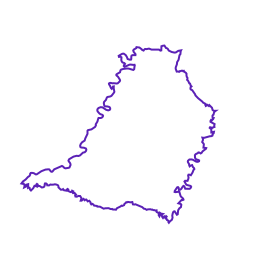 Bom Jesus, Rio Grande do Sul, Brazil, rotated 289°
{"feature_id": "56859067B89984831429306", "entity_name": "Bom Jesus", "entity_type": "district", "adm_level": 2, "iso_a3": "BRA", "parent_name": "Brazil", "parent_adm1": "Rio Grande do Sul", "projection": "mercator", "projection_center": [-50.435, -28.545], "detail": "fine", "context": "isolated", "style": "outline", "palette": "violet", "viewbox_px": 256, "rotation_deg": 289, "n_neighbors": 0, "source": "geoboundaries", "source_scale": "gbopen_adm2", "svg_char_len": 5775}
<svg xmlns="http://www.w3.org/2000/svg" viewBox="0 0 256 256"><g transform="rotate(289 128 128)"><path d="M40.8,45.3L40.9,46.5L41.4,47.5L39.8,49.1L38.0,49.2L39.9,51.1L41.3,50.3L42.4,51.9L38.9,53.0L39.5,53.6L39.4,54.4L37.9,55.4L37.3,56.6L40.2,58.0L42.9,58.4L43.0,60.8L44.7,59.7L45.5,60.1L45.2,61.0L43.8,61.8L44.4,63.3L43.7,65.9L44.5,67.3L45.3,67.9L46.9,67.9L47.7,67.5L48.6,67.6L48.9,68.6L48.4,69.8L47.5,70.3L48.0,72.0L49.3,73.0L49.4,73.9L50.3,76.2L51.0,77.2L51.2,78.9L51.0,80.5L50.3,81.2L49.2,81.6L47.8,84.6L48.3,86.0L49.1,86.5L48.3,87.7L48.7,90.2L49.7,90.1L50.7,90.7L50.4,91.6L49.0,92.0L48.7,94.5L49.5,95.6L50.5,95.6L50.3,96.8L49.0,96.5L48.5,97.2L49.2,98.6L48.1,100.5L47.2,99.9L46.1,100.6L46.4,102.0L47.6,103.2L48.1,104.9L46.5,106.9L43.9,106.9L44.2,107.8L46.5,109.1L45.6,110.6L46.3,111.0L46.8,111.9L45.5,113.8L46.6,115.1L45.4,116.9L44.4,117.3L43.8,118.2L44.7,119.1L44.3,120.3L43.6,121.2L44.2,124.0L43.7,124.6L44.5,127.1L43.8,131.2L44.7,132.7L45.9,135.8L45.7,137.7L45.9,138.7L46.3,139.4L46.0,140.3L46.7,142.3L46.8,143.2L48.6,143.7L51.3,146.4L52.5,147.2L52.5,148.0L53.8,149.4L55.3,149.4L56.2,150.2L57.3,150.5L57.5,151.5L58.1,152.0L58.5,154.5L59.4,156.2L57.4,157.5L57.7,158.9L58.3,159.8L57.8,167.3L56.9,169.2L57.1,170.6L56.7,172.3L57.5,173.2L58.5,175.7L58.4,176.7L58.8,177.5L58.6,178.6L59.0,180.0L58.8,180.9L59.4,181.8L57.9,182.5L57.6,184.2L58.4,185.2L58.1,186.1L56.9,185.3L55.7,185.3L54.7,186.5L55.9,186.6L57.9,187.6L58.1,188.9L57.3,188.4L56.3,188.4L55.1,189.3L54.3,190.4L56.2,191.0L55.3,192.2L57.1,192.7L56.8,193.4L55.7,193.1L54.6,193.4L54.5,194.2L53.7,194.8L53.7,195.7L53.3,196.5L52.1,196.9L51.7,197.5L53.3,198.0L55.6,199.4L57.8,199.3L59.5,198.4L61.8,198.1L63.2,198.1L64.0,198.5L64.4,199.2L61.9,202.5L62.6,203.1L66.6,202.2L68.8,202.7L70.4,203.8L72.8,203.4L73.3,202.7L73.2,200.2L77.4,202.1L77.6,203.2L78.3,203.8L79.2,203.1L80.4,200.4L81.0,199.7L84.3,197.4L84.0,196.2L82.8,193.8L82.7,192.9L83.7,192.7L87.9,193.8L88.4,194.5L88.0,195.3L86.1,196.3L86.7,197.5L87.8,198.2L90.7,198.9L91.4,199.5L91.1,200.3L89.2,201.9L90.6,206.1L91.5,206.7L92.9,206.9L93.6,206.1L93.3,202.3L93.5,201.4L95.8,198.8L96.7,199.2L97.4,201.5L99.6,201.6L100.8,201.4L102.7,200.3L103.6,200.4L103.9,201.3L103.8,202.8L106.9,203.5L109.6,203.6L110.8,204.1L111.7,203.3L112.2,202.1L113.8,200.7L113.0,199.6L111.8,198.8L112.8,197.9L113.8,197.5L115.1,195.9L115.7,195.5L116.6,195.4L118.2,196.3L119.0,198.4L119.1,199.7L118.4,203.3L118.5,204.3L118.8,205.1L119.7,206.0L120.5,205.8L120.7,204.7L120.5,202.7L121.6,201.1L124.1,200.1L125.3,200.5L127.1,202.3L127.8,202.5L128.0,203.6L127.6,205.0L128.5,205.7L130.2,206.1L133.8,208.5L134.5,208.5L134.0,205.7L137.1,205.1L137.7,204.7L138.9,202.7L140.9,202.8L141.9,202.5L143.1,201.5L143.5,203.2L146.8,208.0L147.4,209.4L148.2,210.3L149.0,210.3L149.6,209.9L150.9,210.7L152.4,210.5L151.0,208.2L153.9,207.2L154.7,205.2L155.4,205.3L155.6,206.2L155.3,207.4L155.7,208.0L156.5,208.3L157.1,209.4L158.3,208.8L159.9,208.6L160.7,204.0L161.6,203.7L162.6,203.9L162.4,204.7L164.1,205.6L165.2,205.7L164.9,204.8L167.0,203.9L167.8,204.0L168.4,204.5L170.6,204.3L171.8,204.6L172.8,205.3L172.2,203.7L172.5,202.2L174.5,200.8L176.1,197.5L175.1,197.3L175.6,195.9L174.4,194.6L175.6,194.4L175.2,193.5L176.1,193.1L176.5,190.6L177.1,189.8L179.0,184.6L180.8,181.1L181.6,180.6L184.7,176.4L184.8,175.1L185.3,174.3L187.0,173.9L188.0,174.5L188.6,173.4L190.2,172.2L190.2,171.4L192.1,169.6L192.8,168.2L193.6,168.3L194.9,167.8L195.5,166.9L197.1,166.0L198.3,165.7L199.0,164.8L199.5,163.0L200.2,162.2L199.6,161.7L199.9,160.9L199.5,159.8L198.9,159.3L198.7,158.5L197.7,158.0L197.8,157.1L197.2,155.7L199.5,153.8L200.9,153.4L204.1,153.5L206.2,153.0L209.0,153.6L213.5,153.0L214.9,153.5L217.7,152.8L218.7,152.9L217.3,150.4L215.0,148.6L214.4,147.3L214.1,144.5L214.5,141.3L215.8,139.8L216.1,138.7L216.0,137.9L217.8,135.6L217.2,134.3L216.2,133.0L212.2,134.2L211.7,133.4L212.2,131.8L209.8,124.8L209.9,122.0L208.6,119.8L208.3,118.4L207.3,117.8L206.3,117.5L206.4,116.0L206.9,115.3L207.8,112.6L207.2,109.7L206.1,109.7L204.0,107.9L203.0,107.7L201.9,108.5L200.2,111.1L199.3,111.3L198.4,108.6L197.6,107.8L196.5,107.9L194.4,108.6L193.7,108.6L193.2,107.6L193.1,105.2L194.7,103.9L196.2,102.1L196.9,99.8L196.6,98.9L196.0,98.1L193.2,95.7L192.3,96.3L193.0,97.7L192.7,98.8L189.9,99.6L188.8,100.5L188.2,101.4L188.2,103.4L187.7,104.3L186.0,103.7L185.2,103.8L184.8,104.6L186.0,106.3L188.3,108.7L188.8,109.7L189.4,112.5L189.9,113.6L189.2,114.1L188.4,114.1L185.6,114.7L184.6,114.1L184.4,109.3L183.8,107.4L182.3,104.3L181.0,102.5L180.1,102.1L178.1,102.3L175.6,100.1L174.8,99.6L174.0,99.9L173.2,101.9L171.1,104.5L170.4,105.0L169.4,105.0L166.9,103.7L166.4,102.9L165.7,99.9L165.2,98.8L165.0,96.9L164.7,96.2L163.9,95.5L163.1,95.9L162.1,97.2L160.3,98.8L159.7,99.9L160.6,100.3L162.3,100.3L162.7,101.0L161.0,101.5L157.8,103.3L157.1,103.3L153.0,101.9L152.0,100.9L150.7,98.6L150.0,98.1L147.4,98.0L144.9,96.9L143.7,97.0L141.4,98.3L141.0,99.3L141.6,101.1L141.8,103.1L141.6,104.0L140.9,104.7L140.1,105.0L139.2,104.8L138.2,103.5L138.1,101.4L139.2,97.2L138.8,95.4L137.3,93.6L135.7,93.0L134.3,93.4L133.6,94.2L132.4,96.3L132.1,97.4L132.1,99.6L131.5,100.4L130.6,100.5L129.2,99.8L128.6,99.0L127.9,96.9L126.8,96.8L124.2,97.0L121.0,96.3L120.0,96.8L118.3,96.5L114.8,93.9L113.0,90.9L112.2,90.6L109.3,91.6L104.2,91.0L102.0,91.1L99.5,89.2L97.4,88.5L95.7,88.5L94.6,89.1L94.3,90.0L95.0,92.8L94.9,94.9L94.1,95.6L92.8,95.8L92.0,95.5L91.0,95.0L90.0,93.4L86.5,91.6L85.4,90.3L85.0,88.5L83.2,85.8L79.3,82.5L77.9,82.3L77.1,82.9L76.3,84.3L75.5,85.1L74.4,85.7L71.6,85.5L71.0,84.8L69.5,82.0L69.5,80.9L70.4,79.1L70.6,77.9L64.9,71.7L62.4,70.8L61.8,70.3L61.8,69.2L63.2,67.1L63.0,66.1L61.8,63.5L59.0,60.2L54.5,56.8L54.1,55.9L54.6,53.7L54.5,52.8L54.3,51.7L53.8,50.7L52.9,50.4L52.0,50.7L50.4,50.4L49.2,49.4L46.0,48.0L43.3,46.1L40.8,45.3Z" fill="none" stroke="#5b21b6" stroke-width="2"/></g></svg>